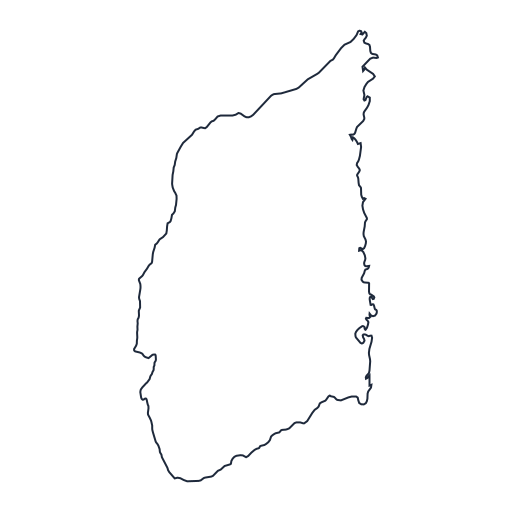 outline of Cabo Delgado
{"feature_id": "MOZ-1198", "entity_name": "Cabo Delgado", "entity_type": "Province", "adm_level": 1, "iso_a3": "MOZ", "parent_name": "Mozambique", "parent_adm1": "", "projection": "equal_earth", "projection_center": [39.387, -12.31], "detail": "fine", "context": "isolated", "style": "outline", "palette": "slate", "viewbox_px": 512, "rotation_deg": 0, "n_neighbors": 0, "source": "natural_earth", "source_scale": "10m", "svg_char_len": 6066}
<svg xmlns="http://www.w3.org/2000/svg" viewBox="0 0 512 512"><path d="M248.7,117.3L251.0,116.4L253.2,114.8L271.0,95.8L272.5,94.8L274.0,94.1L281.1,93.4L296.4,88.9L298.7,87.6L307.8,79.3L317.2,73.9L318.9,72.7L330.4,60.9L332.9,59.6L334.0,58.2L335.7,55.3L341.1,48.1L344.5,44.7L350.5,42.0L353.7,38.9L356.6,35.0L358.1,31.4L359.6,30.7L361.1,31.2L361.6,32.4L360.6,34.0L362.4,34.5L364.8,31.8L366.3,33.1L366.8,35.7L365.8,37.7L364.4,39.4L363.7,40.7L364.4,42.7L366.1,43.5L368.0,44.0L369.4,44.9L370.0,46.8L370.3,51.0L370.9,52.9L372.2,53.9L375.8,54.5L377.2,55.4L377.9,57.5L376.6,58.0L373.1,57.6L370.2,58.7L362.5,66.7L363.1,71.0L364.3,69.6L365.0,67.6L366.7,69.6L373.1,73.9L374.8,76.4L373.0,78.7L368.0,81.9L366.4,83.9L364.5,87.0L363.4,90.5L364.4,95.0L363.6,99.2L364.4,100.5L365.4,100.1L366.6,97.1L367.5,96.3L369.8,97.6L369.8,101.1L368.5,105.0L367.1,107.6L364.2,111.7L363.7,113.0L363.6,114.6L364.3,117.7L364.3,118.9L363.2,121.0L357.1,126.9L356.4,128.5L355.1,132.8L354.3,134.0L353.2,134.6L351.0,134.6L349.9,134.8L350.9,136.6L351.7,139.0L352.4,139.9L353.0,137.4L354.4,138.4L355.9,140.2L357.1,142.2L357.9,144.0L360.6,143.1L361.1,147.0L359.9,155.9L358.9,159.7L358.2,161.4L357.1,163.0L356.7,165.0L357.8,166.9L359.2,168.6L359.8,170.1L359.3,171.5L357.2,174.6L357.1,175.6L358.0,177.4L358.3,178.8L358.6,182.8L359.0,185.2L360.7,187.3L361.0,188.0L361.2,194.7L361.8,196.8L362.9,198.8L363.7,198.2L364.2,198.1L365.5,198.8L363.0,202.1L362.4,205.6L363.0,209.3L364.2,212.9L366.9,218.1L366.9,219.2L365.6,221.1L365.0,222.4L364.7,226.4L363.6,232.2L363.5,234.0L363.8,236.1L365.5,239.5L366.0,241.5L365.8,243.5L365.1,246.0L364.1,248.2L362.8,249.1L360.2,247.8L359.3,248.2L359.1,250.7L361.3,250.1L363.3,252.0L364.8,255.3L365.4,258.4L365.1,260.1L364.5,261.5L364.1,263.1L364.4,265.0L365.2,266.0L366.4,266.3L369.1,265.9L368.8,267.1L368.3,268.2L367.5,268.9L365.4,269.6L364.8,270.7L364.1,273.3L361.7,277.8L361.5,279.8L362.8,281.7L363.7,282.3L364.9,282.5L368.7,282.8L369.1,283.4L369.0,291.7L369.4,293.5L370.2,294.3L371.2,294.6L373.8,296.4L374.3,297.4L373.7,298.9L372.8,299.1L371.3,296.8L370.3,296.8L369.7,298.0L369.7,299.5L370.6,304.9L371.3,305.0L372.3,304.3L373.4,304.4L374.0,305.6L374.8,308.8L375.2,309.4L376.3,309.9L376.8,310.9L376.8,312.2L376.5,313.6L375.0,315.6L373.0,316.2L371.1,315.5L369.6,313.6L369.5,314.6L369.7,315.8L370.0,316.8L370.2,317.0L368.9,318.1L366.3,317.8L365.9,318.7L366.5,319.7L367.6,320.7L368.4,322.1L368.0,324.5L367.0,327.7L365.6,329.7L365.4,329.8L364.6,328.7L364.7,327.7L364.4,326.9L363.3,326.2L362.5,326.1L362.0,326.3L359.4,328.1L357.5,329.9L356.0,331.9L355.3,333.7L355.5,336.1L355.9,337.4L360.5,342.9L361.9,343.5L363.3,342.8L364.5,340.7L364.1,339.0L363.1,337.3L362.7,335.3L363.4,334.5L364.8,334.4L366.3,334.9L367.4,335.7L368.7,336.2L370.2,335.7L371.5,335.7L372.1,337.8L371.5,341.8L369.4,348.9L368.9,352.9L369.1,355.1L370.0,359.2L370.2,361.3L369.5,370.5L369.0,372.9L367.8,374.4L366.6,375.6L365.8,377.3L366.0,378.7L367.2,378.1L369.5,375.6L369.5,385.6L371.4,384.8L371.0,387.6L368.2,391.5L367.6,393.6L367.4,398.8L366.8,401.3L365.8,403.2L363.8,404.4L361.3,404.3L359.2,403.0L358.3,400.3L357.7,397.6L356.1,396.5L351.8,396.5L348.4,397.4L340.9,400.4L337.2,399.9L335.9,398.9L335.0,397.8L333.9,396.9L330.6,396.2L330.1,395.7L329.6,395.6L328.4,396.5L326.2,399.7L325.3,400.7L321.5,402.3L319.8,403.4L318.6,406.6L317.3,408.0L314.7,409.8L312.3,412.9L307.2,421.1L304.2,423.3L303.1,423.3L300.2,422.4L296.4,422.4L294.5,423.1L289.3,428.3L287.5,429.1L285.8,429.6L282.1,429.9L281.2,430.2L279.3,432.4L275.5,433.3L274.1,434.1L272.5,435.2L271.1,436.5L269.9,440.1L268.3,442.2L266.2,443.9L264.4,445.0L261.0,445.8L260.1,446.2L259.2,447.9L258.5,448.3L256.6,448.8L254.6,449.9L251.4,452.6L248.2,456.0L246.1,457.2L242.8,455.4L240.4,455.2L236.4,455.8L234.4,456.8L232.7,458.6L231.4,460.9L230.9,463.8L230.0,464.4L224.6,466.0L220.7,469.6L217.9,470.8L212.9,475.9L211.2,476.6L205.1,477.6L203.7,478.1L200.7,480.4L198.6,480.9L187.2,481.3L183.7,480.0L180.3,478.2L177.5,477.7L174.7,478.4L169.3,472.2L168.0,470.0L167.7,468.7L167.3,467.6L161.9,457.2L161.4,454.6L160.2,452.7L159.9,451.9L159.6,449.1L158.4,445.7L157.5,444.1L156.2,442.5L155.7,441.6L152.9,432.2L152.3,429.8L152.2,428.2L152.2,425.6L151.4,421.9L151.0,420.5L149.7,417.7L148.4,415.3L148.0,414.4L147.9,412.8L148.5,408.3L148.4,406.0L147.8,404.7L147.3,402.7L146.7,399.8L146.3,398.9L145.8,398.5L144.8,398.7L143.6,399.6L142.6,399.7L141.7,398.9L141.4,398.2L141.1,397.3L140.3,392.1L140.6,390.2L140.9,389.4L142.4,387.3L144.2,385.4L145.9,383.5L147.1,382.5L149.6,379.1L150.3,376.5L150.8,375.5L151.8,374.2L152.6,371.8L153.5,370.3L153.7,369.0L153.7,367.0L154.4,365.4L154.5,362.8L154.7,362.3L155.6,360.9L155.8,360.3L155.9,359.3L155.7,355.9L155.5,355.0L155.1,354.5L154.0,354.5L152.5,354.8L148.8,357.9L148.5,358.1L146.0,357.3L144.6,356.6L143.5,355.5L142.6,354.1L141.8,353.4L139.8,352.5L135.2,351.4L134.6,351.0L134.1,350.2L134.1,349.0L136.1,345.7L136.8,343.7L136.9,340.6L137.2,338.6L137.3,337.3L137.1,333.2L137.1,332.1L137.5,329.8L137.4,326.5L137.7,323.5L137.5,321.1L137.6,319.9L137.8,319.1L138.4,318.2L138.8,316.9L139.0,315.4L138.8,311.1L138.9,310.4L140.1,307.6L140.1,306.7L140.0,301.1L139.2,298.9L139.0,297.2L140.2,290.1L140.5,288.0L140.5,286.0L140.3,284.0L138.9,280.3L138.9,279.3L139.1,278.7L142.2,276.0L142.9,275.1L144.5,272.1L147.0,268.7L148.7,265.8L149.7,264.6L151.3,263.4L151.8,262.8L152.1,261.7L152.8,254.1L153.2,252.0L154.6,247.7L155.2,244.7L156.8,243.5L158.0,241.9L159.1,240.1L159.7,239.3L163.0,237.1L166.3,233.5L166.8,230.5L167.1,226.3L167.6,223.3L169.8,222.1L170.6,221.1L171.4,218.3L172.0,214.8L173.4,213.5L174.8,211.3L175.3,207.4L176.0,205.0L176.6,198.9L176.5,195.6L175.1,192.6L174.2,191.3L173.2,188.8L172.7,187.5L172.2,184.7L172.1,183.6L172.6,174.9L173.3,171.4L173.7,167.5L174.7,165.0L175.2,161.5L176.3,158.0L176.9,154.0L177.3,153.0L180.8,146.6L183.1,142.9L192.0,134.8L194.1,131.4L195.6,129.7L198.3,128.8L200.1,127.6L201.1,127.4L204.2,128.1L205.2,128.2L206.8,127.0L210.5,122.4L211.7,121.4L213.6,120.8L215.2,119.3L217.6,116.5L220.7,115.5L232.6,115.5L235.7,114.7L238.5,113.0L240.7,113.6L244.4,116.3L246.3,117.2L248.7,117.3Z" fill="none" stroke="#1e293b" stroke-width="2"/></svg>